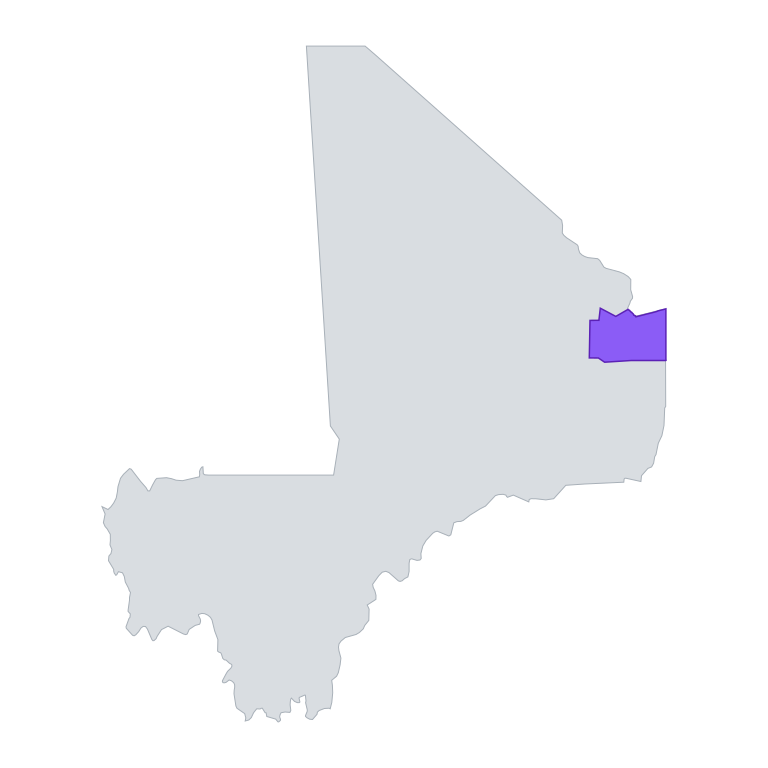 Tin-Essako, Kidal, Mali shown in context
{"feature_id": "8926073B78830545080626", "entity_name": "Tin-Essako", "entity_type": "district", "adm_level": 2, "iso_a3": "MLI", "parent_name": "Mali", "parent_adm1": "Kidal", "projection": "equal_earth", "projection_center": [3.476, 18.561], "detail": "fine", "context": "in_parent", "style": "filled", "palette": "violet", "viewbox_px": 768, "rotation_deg": 0, "n_neighbors": 0, "source": "geoboundaries", "source_scale": "gbopen_adm2", "svg_char_len": 4823}
<svg xmlns="http://www.w3.org/2000/svg" viewBox="0 0 768 768"><path d="M130.0,617.3L130.3,613.9L128.1,611.4L128.1,610.2L129.5,600.2L129.5,597.6L130.5,592.5L129.1,590.2L128.7,588.5L125.3,582.0L124.3,576.5L122.5,572.8L118.4,571.7L116.7,574.8L115.8,575.3L114.2,573.0L113.7,571.1L113.7,569.4L108.5,560.7L108.9,556.0L111.0,553.5L111.9,549.5L110.0,544.9L110.4,540.5L110.3,534.3L107.2,528.9L105.1,526.5L103.4,522.7L105.1,514.0L102.0,506.6L108.0,509.5L110.9,506.8L113.7,503.0L116.2,498.1L117.4,491.9L118.0,486.6L120.5,478.3L123.5,474.3L129.5,468.6L131.2,469.2L140.6,481.4L146.0,487.6L147.9,490.9L149.7,490.9L152.6,484.9L155.5,479.7L156.8,478.4L166.5,477.7L171.6,478.7L176.1,480.2L182.5,480.7L199.4,476.8L199.7,474.4L199.5,471.5L200.3,469.3L201.7,467.2L202.9,466.8L203.3,473.7L204.7,474.8L208.7,475.1L333.6,475.1L339.3,439.1L330.4,426.0L306.4,46.1L365.1,46.1L375.0,54.6L561.7,220.2L562.6,225.6L562.3,233.0L563.8,235.3L566.5,237.7L577.2,244.8L578.1,246.2L578.5,249.2L579.7,252.8L582.0,255.0L584.7,256.5L587.9,257.6L597.7,258.7L599.7,260.4L603.9,267.1L606.2,268.4L619.4,271.9L623.7,273.7L628.3,276.7L630.8,279.5L630.7,289.8L632.6,296.6L632.5,298.3L630.4,301.1L629.9,303.1L627.5,308.4L627.9,310.6L632.5,314.6L634.8,315.8L637.4,315.8L665.4,308.8L665.7,406.4L664.7,408.0L664.0,425.4L661.9,435.6L658.3,443.2L656.0,454.5L654.7,456.7L653.6,463.2L651.6,466.9L647.9,468.4L641.5,475.7L640.9,481.5L625.8,478.2L624.8,478.3L624.1,479.1L623.8,482.2L584.8,484.0L565.8,485.3L553.7,498.7L545.9,499.9L536.1,498.8L531.1,498.7L529.2,499.5L528.8,501.9L513.3,495.1L507.5,497.3L506.6,496.5L505.9,495.1L503.1,494.3L498.6,494.6L495.4,495.6L485.5,506.1L480.2,508.8L470.2,515.0L463.3,520.4L460.8,521.4L457.0,521.6L453.8,522.8L450.8,534.8L448.9,536.0L437.2,531.2L434.8,531.9L432.7,533.3L426.1,540.4L422.8,546.0L420.9,553.6L421.2,558.5L420.0,560.0L417.0,560.4L411.6,558.8L409.8,559.5L409.1,563.2L409.1,571.4L407.9,576.9L404.6,578.6L402.1,580.8L400.1,581.4L398.4,580.9L389.0,572.6L385.8,571.3L382.2,572.2L378.8,575.7L372.6,584.3L373.2,587.4L374.9,591.0L376.0,595.4L375.9,599.4L367.2,605.0L369.1,609.1L368.8,620.4L364.7,625.5L363.3,628.8L359.4,632.5L356.0,634.5L345.3,637.5L341.0,641.1L339.0,643.9L338.5,647.1L338.9,650.6L340.9,658.1L340.1,664.8L338.3,672.7L336.6,676.2L331.7,680.3L332.4,685.4L332.7,692.8L331.8,702.4L330.2,708.8L329.1,708.2L324.4,708.5L319.2,710.5L317.4,712.1L317.0,714.3L312.5,719.5L309.7,719.2L307.0,717.8L305.5,716.4L305.5,715.6L307.2,711.4L307.3,710.0L305.6,702.7L306.0,700.9L305.4,695.3L305.0,695.0L299.3,697.4L299.1,698.5L299.9,702.0L299.3,702.6L297.3,702.6L294.5,701.4L291.4,698.1L290.7,699.2L290.3,701.8L290.1,704.8L290.8,710.4L289.9,712.4L285.1,712.0L281.1,712.7L280.1,714.7L279.6,716.9L280.5,719.3L280.4,720.4L278.7,721.9L277.9,721.8L275.7,719.1L266.8,716.5L266.1,712.8L265.1,712.7L262.3,708.2L261.1,708.3L260.1,709.0L256.7,708.8L253.6,712.7L251.3,717.6L248.8,720.0L245.2,721.0L245.8,717.9L244.7,713.6L237.0,708.3L235.9,706.0L234.0,693.8L234.2,690.2L234.7,687.0L234.6,684.6L233.7,682.7L231.5,680.8L229.1,680.0L226.0,682.4L224.5,682.8L223.1,682.7L222.4,681.8L222.5,680.6L226.0,674.0L227.6,671.3L230.9,668.1L231.8,666.5L231.9,665.3L231.6,664.4L229.4,663.2L226.1,660.1L224.3,659.8L222.8,658.4L221.3,653.7L220.6,652.7L219.0,652.2L217.6,651.1L217.9,639.6L214.7,631.0L212.0,620.0L210.5,617.4L207.9,615.2L204.7,613.7L201.8,613.4L198.5,614.5L198.5,615.6L200.3,619.1L200.6,621.0L200.2,622.9L199.6,624.2L195.2,625.4L189.2,629.4L187.2,634.0L185.8,634.6L183.5,634.0L168.1,626.2L161.5,629.6L157.1,636.4L156.1,638.7L154.0,640.6L152.9,640.7L151.8,639.4L147.4,629.0L145.5,626.5L143.1,626.4L140.9,628.1L138.7,631.6L135.8,634.8L134.1,635.8L132.6,635.3L126.3,628.3L126.0,626.8L129.0,618.5L130.0,617.3Z" fill="#d9dde1" stroke="#a8b0b8" stroke-width="1"/><path d="M666.0,360.4L665.9,358.8L665.9,357.3L665.9,353.9L665.9,350.6L665.9,347.4L665.9,344.0L665.9,340.8L665.9,337.4L665.9,334.2L665.9,330.8L665.9,327.7L665.9,325.3L665.9,324.5L665.9,320.7L665.9,317.9L665.9,314.7L665.9,313.6L665.9,311.1L665.9,310.7L665.9,308.9L665.6,309.0L662.3,309.8L658.3,310.8L657.7,311.0L657.0,311.4L652.6,312.6L648.6,313.6L646.8,314.0L643.8,314.8L641.5,315.4L640.2,315.7L638.1,316.2L636.4,316.7L635.9,316.8L635.8,316.6L635.5,316.4L635.5,316.1L635.2,315.7L634.8,315.5L634.4,315.5L634.1,315.4L633.9,315.3L633.8,315.2L633.8,314.8L633.6,314.6L633.4,314.3L633.3,314.1L633.2,313.9L633.0,313.7L632.9,313.7L632.7,313.5L632.6,313.4L632.3,313.1L632.2,313.0L632.0,312.7L631.9,312.5L631.7,312.5L631.3,312.3L631.1,312.1L631.0,311.9L630.9,311.7L630.6,311.6L630.5,311.4L630.3,311.2L630.2,311.2L629.9,310.9L629.7,310.7L629.6,310.4L629.4,310.2L629.1,310.2L628.7,310.0L628.6,309.9L628.3,309.8L628.1,309.7L628.0,309.4L615.8,316.4L600.3,308.2L598.9,320.3L590.0,320.4L589.3,357.9L598.4,358.0L604.6,362.2L631.2,360.5L665.8,360.5L666.0,360.4Z" fill="#8b5cf6" stroke="#5b21b6" stroke-width="1.5"/></svg>